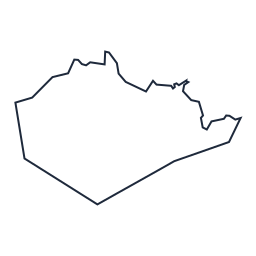 outline of Aweil Centre, Northern Bahr el Ghazal, South Sudan
{"feature_id": "79223893B3139508517189", "entity_name": "Aweil Centre", "entity_type": "district", "adm_level": 2, "iso_a3": "SSD", "parent_name": "South Sudan", "parent_adm1": "Northern Bahr el Ghazal", "projection": "albers", "projection_center": [27.174, 8.427], "detail": "fine", "context": "isolated", "style": "outline", "palette": "slate", "viewbox_px": 256, "rotation_deg": 0, "n_neighbors": 0, "source": "geoboundaries", "source_scale": "gbopen_adm2", "svg_char_len": 663}
<svg xmlns="http://www.w3.org/2000/svg" viewBox="0 0 256 256"><path d="M188.3,82.1L185.9,81.0L186.0,80.7L178.9,85.2L176.5,83.4L174.2,84.3L174.8,87.0L173.0,88.5L171.2,85.8L156.5,84.6L153.0,80.8L146.0,91.5L125.7,81.9L118.6,73.6L116.9,63.2L109.0,52.5L105.2,51.6L104.6,64.4L90.2,62.3L86.1,65.3L81.9,64.1L78.1,59.9L74.3,59.6L68.1,73.3L52.5,77.1L32.2,97.6L15.4,102.6L24.5,158.5L97.4,204.4L116.4,193.7L161.0,168.7L174.2,161.2L229.0,142.0L240.6,118.0L235.3,119.6L229.5,115.8L226.2,115.5L223.9,118.8L211.5,121.4L206.8,129.5L202.7,127.4L200.9,117.9L203.0,115.5L198.9,101.8L191.2,100.1L183.0,91.2L184.2,84.9L188.3,82.1Z" fill="none" stroke="#1e293b" stroke-width="2"/></svg>